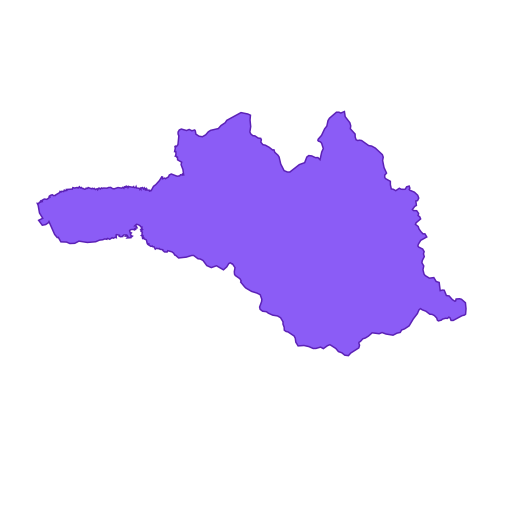 outline of Lejanías, Meta, Colombia, rotated 150°
{"feature_id": "7082276B92663278655025", "entity_name": "Lejanías", "entity_type": "district", "adm_level": 2, "iso_a3": "COL", "parent_name": "Colombia", "parent_adm1": "Meta", "projection": "orthographic", "projection_center": [-74.051, 3.626], "detail": "fine", "context": "isolated", "style": "filled", "palette": "violet", "viewbox_px": 512, "rotation_deg": 150, "n_neighbors": 0, "source": "geoboundaries", "source_scale": "gbopen_adm2", "svg_char_len": 6140}
<svg xmlns="http://www.w3.org/2000/svg" viewBox="0 0 512 512"><g transform="rotate(150 256 256)"><path d="M101.1,117.2L104.2,118.7L105.6,117.3L106.4,117.4L107.8,120.2L108.7,124.8L110.9,126.6L110.1,132.2L111.4,133.2L113.8,133.9L110.6,141.5L112.7,143.8L112.8,148.4L116.9,150.1L119.3,154.5L119.5,156.4L118.3,160.6L115.7,163.5L115.7,167.2L114.3,168.9L110.6,171.3L109.9,174.1L108.2,175.7L108.2,178.7L110.7,182.5L110.8,183.8L109.4,185.1L105.5,187.2L98.6,187.1L98.6,190.7L100.3,191.7L101.0,194.6L101.3,198.1L100.8,200.4L102.1,203.7L100.8,204.7L94.9,205.8L94.6,208.2L95.4,210.0L93.9,211.5L94.2,214.9L96.9,216.6L97.3,218.1L93.7,219.6L91.8,219.6L90.1,223.7L88.4,223.2L86.1,224.8L85.6,227.7L86.9,232.1L90.0,236.2L90.0,237.1L88.8,237.8L88.4,240.0L91.0,240.6L93.2,239.3L94.1,239.5L96.9,241.2L98.0,243.0L102.3,242.7L103.8,245.2L105.3,246.4L104.0,250.5L102.3,253.5L105.0,258.0L105.3,259.7L104.0,261.7L101.5,262.5L100.9,268.6L98.6,275.4L96.4,278.0L95.9,280.6L98.7,289.8L100.9,293.4L103.2,295.3L106.8,303.2L108.5,304.6L110.1,305.1L111.2,306.6L110.6,309.5L109.2,312.1L110.7,319.0L108.9,321.3L108.1,324.5L109.1,332.1L107.2,336.9L111.1,337.4L112.3,339.1L114.5,340.3L123.5,338.6L125.9,337.3L129.7,333.1L133.0,331.8L138.9,327.7L143.7,326.1L144.6,325.2L144.5,324.3L143.1,322.6L142.8,320.8L144.0,315.4L147.1,313.2L152.4,307.4L153.2,310.3L155.3,311.4L157.7,314.8L160.1,316.6L162.5,316.3L167.2,312.5L172.8,313.5L184.7,311.8L186.7,312.9L189.0,315.9L188.6,323.3L186.5,330.2L186.6,332.3L187.9,336.4L187.4,339.0L188.6,339.5L190.2,343.5L192.5,347.3L194.4,349.0L194.9,352.2L193.3,353.9L193.1,355.5L195.1,357.0L196.9,360.6L198.6,361.8L199.5,364.4L199.3,366.5L195.9,370.7L193.2,376.7L190.4,380.7L192.1,383.1L197.3,387.7L213.5,388.1L216.1,386.8L221.0,386.5L224.9,385.2L232.4,387.5L235.2,387.4L238.9,386.1L242.8,386.1L245.5,388.3L247.1,391.6L246.0,394.7L246.1,395.8L248.9,396.5L250.6,399.0L253.4,399.4L257.2,403.3L259.4,403.5L261.5,402.3L262.5,400.6L262.8,398.6L267.9,391.5L270.2,390.6L270.7,391.4L271.4,391.4L272.1,389.6L274.3,387.1L273.3,386.5L274.3,384.3L275.9,382.8L275.2,382.5L275.3,381.4L274.6,380.9L275.8,378.5L273.5,374.4L275.2,372.6L276.0,367.5L278.0,362.7L278.6,363.6L279.0,362.8L280.7,364.1L282.1,363.6L284.4,364.5L288.4,369.4L290.6,369.5L292.3,368.3L295.7,368.2L296.1,369.1L298.3,369.6L297.8,370.4L298.2,370.9L297.6,371.3L298.0,371.7L301.9,369.6L307.1,367.9L309.9,367.6L314.1,365.0L315.7,365.4L315.2,366.1L317.7,367.8L317.3,368.4L318.4,368.5L317.5,369.5L319.4,369.9L318.9,370.7L319.9,370.5L320.0,372.0L321.5,372.3L322.2,371.4L322.2,372.4L323.2,371.9L323.0,372.7L325.5,374.7L325.2,376.0L325.9,375.5L326.8,375.8L327.5,376.5L327.3,377.3L328.5,377.2L331.4,379.7L332.5,379.2L332.2,380.1L332.8,380.0L333.1,380.9L334.1,380.4L334.8,380.8L334.1,381.4L335.6,381.7L336.6,380.7L337.2,382.1L338.4,381.9L341.3,384.3L345.3,385.1L346.6,386.2L347.5,388.0L349.3,389.0L351.1,389.2L354.1,391.1L355.2,391.3L355.6,392.1L357.4,391.9L357.5,392.9L358.3,393.4L360.0,392.5L360.0,393.7L361.9,393.9L362.2,395.4L363.5,395.6L363.9,396.5L364.9,396.5L367.1,399.2L368.1,398.8L369.2,399.7L369.9,399.2L371.2,399.6L371.8,400.8L372.7,401.3L372.9,402.6L374.1,402.8L374.3,404.3L376.1,403.8L376.7,404.8L379.1,405.5L380.4,406.8L381.6,405.8L386.9,408.4L387.1,407.4L388.5,407.9L389.1,408.9L390.3,408.0L392.0,409.2L392.9,408.9L393.4,409.9L394.4,409.1L398.8,409.1L399.4,408.7L401.2,409.6L401.8,410.9L403.6,411.3L404.6,411.2L405.0,410.2L405.5,410.8L406.2,409.9L408.8,409.6L410.9,411.2L413.4,411.2L413.8,410.2L414.7,411.4L415.5,411.1L415.5,410.3L417.0,410.7L417.9,410.1L419.1,410.9L419.3,408.9L422.0,401.5L421.8,395.3L426.4,395.6L425.7,389.5L422.4,388.4L419.3,388.6L418.1,389.3L419.6,375.3L418.9,371.3L417.9,371.0L417.9,365.8L413.1,362.8L411.0,359.9L406.6,357.6L401.9,357.4L395.2,352.0L387.7,348.5L383.6,348.0L380.6,346.7L378.4,346.4L376.8,345.0L376.3,345.5L375.6,345.4L374.3,343.6L371.4,343.8L370.8,342.8L368.5,342.5L367.8,341.7L366.6,344.2L365.9,344.2L363.9,342.2L364.6,341.5L363.7,340.4L361.7,339.5L361.3,340.1L359.9,340.3L357.5,338.9L357.3,338.3L358.6,338.2L357.4,337.5L357.3,336.6L358.6,336.1L355.2,334.4L354.5,335.3L354.0,334.8L353.1,335.0L353.9,336.0L353.9,337.0L353.7,338.1L352.4,338.3L353.3,340.0L352.7,341.3L351.1,341.4L348.8,340.3L348.4,339.4L347.3,339.3L347.2,340.0L346.7,339.4L345.9,340.3L344.9,339.9L344.8,341.8L345.9,342.7L343.6,343.2L342.3,342.0L341.3,340.3L341.2,339.0L340.3,338.0L341.1,337.5L341.0,335.6L341.8,335.5L342.2,336.6L342.8,336.4L342.5,335.6L343.2,334.8L342.5,333.4L343.9,331.9L343.8,330.3L344.9,330.8L344.2,328.5L345.2,328.6L345.4,327.9L344.2,327.8L344.4,326.8L343.1,325.2L343.0,324.3L343.9,321.5L342.9,320.1L343.8,320.0L342.2,316.9L340.8,316.4L340.8,315.7L339.7,314.9L339.8,312.3L338.3,312.4L336.9,311.1L336.0,310.9L335.8,309.8L333.6,308.1L333.9,307.4L333.2,305.3L331.0,303.9L329.7,304.7L326.7,301.6L325.9,299.7L325.9,297.4L325.3,296.9L324.0,293.0L317.0,289.9L311.4,288.6L309.7,287.6L307.6,282.6L305.8,281.3L304.1,278.6L303.4,272.3L300.5,268.3L295.1,267.3L291.1,260.3L286.8,261.2L283.3,263.1L281.5,262.9L281.0,261.4L280.3,261.0L280.0,256.4L282.6,253.3L283.7,251.0L283.7,249.5L281.3,244.4L281.3,241.9L282.3,241.1L281.3,235.1L280.8,233.3L277.5,227.5L273.8,223.5L271.7,220.4L272.6,215.6L274.0,213.7L278.4,210.0L279.1,207.7L277.9,204.9L274.8,202.5L273.9,200.3L271.1,196.4L267.3,193.3L265.6,190.3L265.5,185.5L266.7,183.5L267.2,180.3L268.6,177.6L267.7,175.6L266.2,174.2L263.0,167.7L263.1,165.2L264.6,161.5L264.5,157.1L259.2,154.5L255.5,151.1L252.7,147.3L250.4,146.0L245.6,144.8L244.0,142.1L238.9,142.6L236.3,142.2L233.1,136.0L232.4,132.0L230.1,129.3L228.7,125.7L225.8,123.5L222.4,124.6L212.9,125.0L210.9,127.0L210.5,129.2L209.7,129.8L208.3,129.8L204.9,130.9L202.3,130.3L198.7,130.4L193.8,131.4L188.2,127.1L185.1,126.7L182.5,123.5L176.9,118.9L172.5,118.7L169.3,117.7L166.9,119.1L163.8,118.6L158.4,118.9L151.2,122.9L145.1,125.4L141.9,127.8L139.9,128.2L138.9,126.2L136.5,123.3L134.6,118.7L132.7,117.4L131.3,115.2L130.5,111.9L131.0,109.8L130.5,108.6L127.6,107.8L126.1,108.1L123.0,107.3L121.4,106.2L119.5,106.6L118.9,105.3L119.3,102.7L117.5,101.6L107.4,101.3L105.0,100.6L103.6,100.8L100.5,105.3L98.0,110.8L99.7,115.8L101.1,117.2Z" fill="#8b5cf6" stroke="#5b21b6" stroke-width="1.5"/></g></svg>